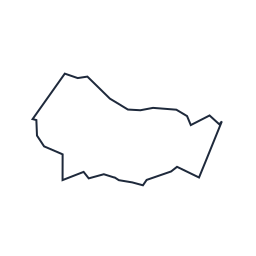 Oconee, Georgia, United States of America, rotated 148°
{"feature_id": "52423323B77419702079758", "entity_name": "Oconee", "entity_type": "district", "adm_level": 2, "iso_a3": "USA", "parent_name": "United States of America", "parent_adm1": "Georgia", "projection": "equal_earth", "projection_center": [-83.449, 33.832], "detail": "fine", "context": "isolated", "style": "outline", "palette": "slate", "viewbox_px": 256, "rotation_deg": 148, "n_neighbors": 0, "source": "geoboundaries", "source_scale": "gbopen_adm2", "svg_char_len": 549}
<svg xmlns="http://www.w3.org/2000/svg" viewBox="0 0 256 256"><g transform="rotate(148 128 128)"><path d="M108.1,136.5L118.3,143.7L127.8,162.5L135.2,193.1L144.2,197.0L152.8,207.6L204.2,186.1L201.5,183.3L209.2,169.8L208.9,156.9L197.4,140.3L211.1,118.5L188.9,114.3L188.0,106.1L173.0,101.6L165.9,93.3L165.5,93.1L163.4,88.6L153.2,79.6L145.7,71.5L139.7,74.1L114.5,68.3L107.0,69.1L94.0,48.4L80.9,57.8L79.1,59.1L44.9,83.9L48.6,82.7L52.2,95.4L73.2,97.2L71.6,106.8L77.3,117.9L96.1,131.8L108.1,136.5Z" fill="none" stroke="#1e293b" stroke-width="2"/></g></svg>